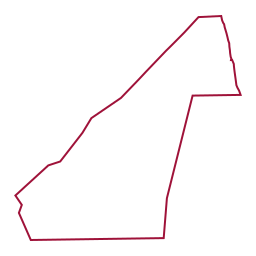 the district of Benichab, Inchiri, Mauritania, rotated 180°
{"feature_id": "47542326B98603827415339", "entity_name": "Benichab", "entity_type": "district", "adm_level": 2, "iso_a3": "MRT", "parent_name": "Mauritania", "parent_adm1": "Inchiri", "projection": "natural_earth1", "projection_center": [-15.686, 19.224], "detail": "fine", "context": "isolated", "style": "outline", "palette": "rose", "viewbox_px": 256, "rotation_deg": 180, "n_neighbors": 0, "source": "geoboundaries", "source_scale": "gbopen_adm2", "svg_char_len": 685}
<svg xmlns="http://www.w3.org/2000/svg" viewBox="0 0 256 256"><g transform="rotate(180 128 128)"><path d="M92.3,17.9L89.1,57.8L63.4,160.4L15.4,161.1L16.9,165.3L18.6,168.4L19.6,170.8L20.3,176.2L21.3,183.4L21.6,185.7L22.1,190.1L22.2,192.0L23.9,196.1L25.0,196.0L24.7,197.5L25.3,199.1L25.9,203.0L26.1,205.7L26.6,209.3L26.8,212.8L27.8,215.6L28.5,218.7L29.5,222.7L30.3,225.4L31.3,228.7L31.9,231.8L32.8,233.1L33.9,235.7L34.8,240.0L57.5,238.9L71.6,223.6L84.5,210.6L89.8,205.4L110.0,184.3L117.3,176.5L135.0,158.1L164.6,137.9L173.6,123.1L195.8,94.5L205.0,91.5L207.7,90.6L231.0,69.3L240.6,60.5L234.2,51.1L237.1,43.1L225.2,16.0L92.3,17.9Z" fill="none" stroke="#9f1239" stroke-width="2"/></g></svg>